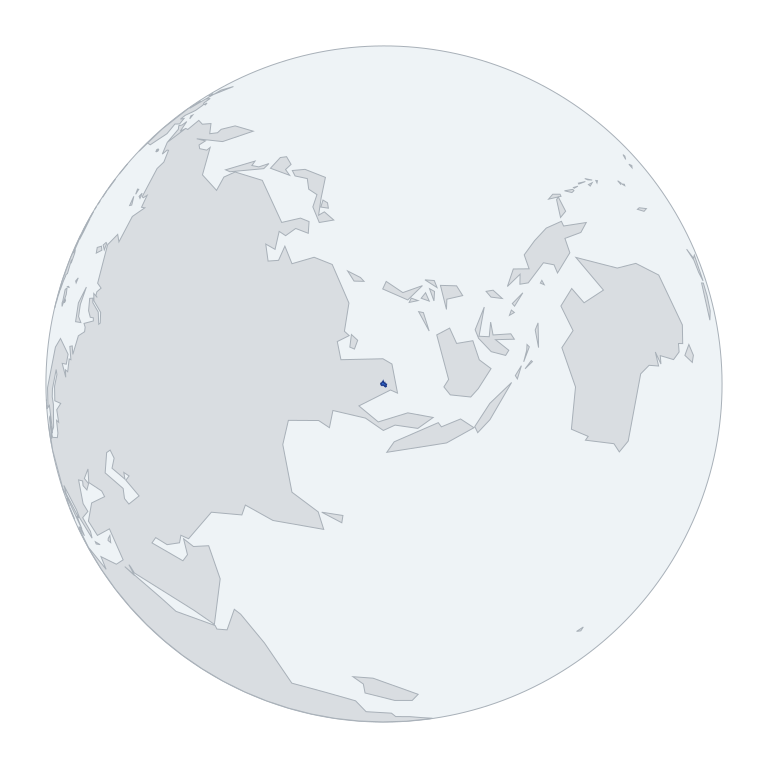 Prey Vêng on an orthographic globe, rotated 297°
{"feature_id": "KHM-1790", "entity_name": "Prey Vêng", "entity_type": "Province", "adm_level": 1, "iso_a3": "KHM", "parent_name": "Cambodia", "parent_adm1": "", "projection": "orthographic", "projection_center": [105.494, 11.354], "detail": "fine", "context": "on_globe", "style": "filled", "palette": "blue", "viewbox_px": 768, "rotation_deg": 297, "n_neighbors": 0, "source": "natural_earth", "source_scale": "10m", "svg_char_len": 10010}
<svg xmlns="http://www.w3.org/2000/svg" viewBox="0 0 768 768"><g transform="rotate(297 384 384)"><circle cx="384" cy="384" r="338" fill="#eef3f6" stroke="#a8b0b8"/><path d="M696.9,492.8L696.4,495.1L696.1,495.4L696.9,492.8ZM540.4,84.5L540.9,84.9L553.0,92.0L541.6,85.8L571.9,105.4L580.7,114.8L563.9,100.1L557.0,95.8L559.5,99.5L552.9,96.0L550.3,96.1L542.2,91.9L533.1,84.9L527.6,82.4L529.8,85.3L522.9,83.8L520.7,79.7L508.5,77.0L491.0,67.1L491.4,63.7L480.3,60.1L510.9,70.8L540.4,84.5ZM563.1,98.6L560.9,96.7L565.3,99.9L563.1,98.6ZM551.4,96.9L554.1,98.8L551.6,98.2L551.4,96.9ZM536.9,91.5L532.1,90.5L535.4,90.2L536.9,91.5ZM528.3,89.1L516.7,87.7L521.7,91.3L500.9,81.2L517.6,85.1L521.0,83.9L523.1,86.5L528.3,89.1ZM491.2,76.3L487.1,75.3L489.7,75.1L491.2,76.3ZM463.8,55.6L456.1,53.9L454.5,53.6L450.9,52.8L463.8,55.6ZM440.0,50.7L443.0,51.3L435.7,50.1L433.5,49.7L440.0,50.7ZM431.1,49.4L430.6,49.3L428.4,49.0L428.2,49.0L431.1,49.4ZM432.1,49.7L444.2,51.6L444.6,51.8L432.1,49.7ZM410.4,47.1L410.6,47.1L410.3,47.1L410.4,47.1ZM424.7,48.7L428.9,49.2L429.2,49.3L424.7,48.7ZM410.7,47.2L408.4,47.0L411.6,47.2L410.7,47.2ZM416.9,47.8L416.3,47.9L414.1,47.4L418.7,48.0L416.9,47.8ZM424.3,48.7L425.8,48.9L422.5,48.5L424.3,48.7ZM399.8,46.9L396.3,46.3L403.4,46.6L405.8,47.0L399.8,46.9ZM117.1,176.8L116.8,177.5L114.6,181.0L104.3,194.8L92.7,220.6L101.7,210.2L101.9,227.3L108.9,231.4L130.3,205.1L119.0,197.4L127.6,182.9L145.3,177.5L156.8,186.2L160.5,181.0L162.2,165.7L173.9,158.8L163.8,159.9L161.1,166.0L154.7,167.4L156.8,162.0L160.8,159.5L159.9,155.4L140.8,170.2L136.0,178.0L128.1,176.2L119.4,189.4L114.1,193.9L126.7,173.4L132.4,167.0L148.3,144.8L141.6,151.1L126.1,172.9L126.9,170.3L117.7,180.6L125.3,170.8L144.0,146.9L143.1,147.1L174.5,118.9L184.7,111.6L184.8,112.5L201.8,101.4L204.2,100.8L193.4,107.2L186.0,112.8L187.9,117.3L192.1,115.8L203.0,108.7L202.2,111.5L212.5,104.1L219.9,104.8L219.6,98.3L232.4,91.5L243.9,88.3L248.1,85.3L229.4,90.7L222.0,94.2L215.7,98.7L195.6,109.2L192.1,109.7L213.0,95.6L210.5,95.3L227.9,85.9L267.7,74.5L277.7,75.1L267.1,89.0L257.4,91.9L256.3,87.9L245.5,97.4L252.0,93.7L251.3,96.6L263.4,92.1L263.5,94.0L274.9,87.0L276.4,88.9L269.1,93.3L288.2,89.8L294.7,93.5L299.0,91.9L301.8,89.2L308.2,96.4L311.0,95.0L310.1,92.0L315.2,87.5L326.7,82.9L328.3,85.6L324.3,87.6L318.4,96.7L307.7,102.7L309.5,103.5L319.2,99.0L326.4,87.8L332.9,84.3L330.9,89.2L332.1,87.1L335.8,86.3L341.0,88.4L343.8,83.1L382.6,74.5L396.4,78.8L390.3,83.3L419.0,83.7L432.4,90.9L431.4,87.7L444.6,87.3L440.6,84.9L441.1,83.5L473.0,84.0L481.8,87.1L494.4,85.9L494.0,84.6L488.2,82.1L500.9,81.2L521.7,91.3L521.7,93.6L534.8,99.3L533.0,104.2L537.5,111.6L527.9,115.1L532.3,121.6L537.0,123.3L546.4,134.2L549.9,152.7L526.7,130.1L517.5,105.8L519.5,114.5L513.0,110.7L510.0,112.9L511.9,119.9L515.9,121.7L487.9,127.3L480.5,146.9L495.7,147.4L505.3,155.1L510.2,183.1L481.5,219.5L493.9,234.3L494.7,243.5L483.9,248.1L482.5,234.7L471.5,229.0L472.4,221.3L454.5,225.8L455.0,215.1L440.9,224.9L446.3,233.9L461.8,233.1L449.4,247.4L465.2,264.2L467.0,283.6L440.2,316.0L413.0,324.8L411.3,331.0L400.6,323.1L386.1,334.6L406.0,371.6L405.4,382.0L382.0,400.2L381.6,392.5L353.1,371.6L347.6,396.1L369.1,418.3L376.5,443.0L359.8,434.3L352.4,412.5L342.3,404.5L345.2,383.0L337.2,350.5L320.3,355.2L321.8,342.4L308.2,315.3L284.1,321.3L245.8,351.1L240.2,383.4L227.1,396.3L212.0,347.0L213.2,315.4L202.8,316.8L191.4,288.4L157.4,280.1L157.0,271.7L149.7,273.9L142.4,263.7L143.5,250.3L137.1,249.4L135.2,285.1L142.7,286.4L155.1,275.7L152.7,288.0L160.3,301.2L136.0,326.5L92.8,342.0L96.1,317.5L102.3,247.4L106.3,240.9L106.6,240.1L107.2,238.7L100.0,248.9L103.6,235.9L92.2,282.4L87.0,301.9L92.1,343.2L89.8,346.4L93.7,355.8L115.3,352.9L113.8,360.8L99.0,395.0L75.6,437.7L83.1,473.5L88.8,502.5L83.9,516.8L94.1,540.1L93.0,545.4L99.4,558.2L104.1,569.6L108.2,578.9L106.6,577.0L93.7,557.0L82.3,536.2L72.3,514.5L63.9,492.3L57.1,469.5L51.9,446.3L48.3,422.7L46.4,399.0L46.2,375.2L47.7,351.4L50.8,327.8L55.6,304.5L62.0,281.6L70.0,259.2L79.5,237.4L90.6,216.3L103.1,196.1L117.1,176.8ZM161.2,211.2L173.1,216.6L181.1,197.7L186.3,198.6L187.1,192.3L181.6,196.4L185.5,179.9L195.4,177.2L200.8,170.0L197.0,168.0L178.2,175.9L172.5,199.0L164.1,204.8L161.2,211.2ZM217.0,90.2L215.7,91.0L217.0,90.2ZM212.4,92.9L211.7,93.3L208.7,95.1L212.4,92.9ZM196.0,103.2L185.3,110.7L179.0,115.4L196.0,103.2ZM379.2,46.1L374.5,46.3L377.5,46.3L372.5,47.0L359.5,47.8L363.8,47.9L360.3,49.0L349.5,50.4L353.0,49.1L338.7,51.8L337.1,51.0L335.5,51.3L330.1,51.6L320.9,52.8L321.7,52.4L317.8,53.2L314.1,53.7L309.0,54.8L308.6,54.6L302.3,56.1L303.8,55.7L328.7,50.6L353.9,47.4L379.2,46.1ZM399.7,46.4L399.8,46.5L395.5,46.3L396.3,46.5L391.2,46.3L398.0,47.0L382.8,47.2L374.5,47.1L386.6,46.1L385.3,46.1L399.7,46.4ZM118.5,176.8L118.0,178.3L118.6,179.0L112.8,186.0L118.5,176.8ZM130.9,160.4L131.3,160.2L123.4,169.5L124.0,168.4L130.9,160.4ZM138.3,152.8L132.0,159.5L135.7,155.3L138.3,152.8ZM194.6,107.1L195.9,107.0L193.4,108.8L189.6,111.0L194.6,107.1ZM306.9,61.9L310.2,60.3L312.2,60.1L323.5,57.0L325.6,58.0L319.6,60.2L306.9,61.9ZM124.6,208.5L118.6,212.5L119.3,209.2L121.2,208.4L124.6,208.5ZM112.4,198.4L112.0,204.0L110.8,200.2L112.4,198.4ZM311.1,62.4L315.5,60.9L313.8,62.4L311.1,62.4ZM327.8,58.6L326.9,60.0L327.2,57.8L327.8,58.6ZM251.0,667.9L258.0,671.9L253.4,671.4L251.0,667.9ZM116.9,507.8L123.0,555.3L114.9,552.8L106.9,537.1L100.1,507.4L107.3,501.8L109.1,489.2L116.9,507.8ZM461.6,502.8L471.7,504.6L471.3,506.1L461.6,502.8ZM451.1,497.2L462.7,498.1L449.1,500.5L451.1,497.2ZM467.2,498.4L479.0,495.8L484.1,493.5L483.1,496.6L467.2,498.4ZM443.3,497.0L400.3,494.6L383.2,489.6L387.3,484.2L414.8,487.1L443.3,497.0ZM385.9,484.0L359.9,466.5L324.4,417.5L337.1,419.3L374.2,449.9L371.9,454.6L387.6,468.1L385.9,484.0ZM448.8,457.9L446.3,472.4L422.6,470.1L411.8,467.2L404.4,448.0L408.6,438.7L417.4,439.5L451.7,408.7L463.6,417.1L453.1,430.3L462.9,443.5L448.8,457.9ZM241.5,386.7L248.2,407.1L241.2,409.4L241.5,386.7ZM465.5,386.7L451.7,400.2L464.2,382.0L465.5,386.7ZM472.9,369.3L473.8,376.5L468.1,369.4L472.9,369.3ZM411.0,340.7L401.7,341.8L401.4,336.8L413.3,332.5L411.0,340.7ZM468.2,300.3L468.2,314.7L466.4,319.6L462.1,310.6L468.2,300.3ZM335.3,74.8L317.1,77.3L305.5,81.2L301.1,86.0L299.5,80.9L317.5,74.9L335.3,74.8ZM376.5,73.9L380.3,70.7L383.9,72.1L383.5,73.1L376.5,73.9ZM375.1,71.9L370.0,68.2L375.5,66.5L378.5,69.7L375.1,71.9ZM339.8,63.4L334.3,63.8L335.8,62.5L339.8,63.4ZM618.2,621.1L618.9,622.7L609.3,631.8L597.3,641.4L588.8,645.4L618.2,621.1ZM543.2,648.9L546.1,639.1L557.6,637.7L550.1,646.6L543.2,648.9ZM626.3,613.7L635.0,603.9L641.5,592.4L636.6,602.6L639.7,602.0L620.7,621.5L626.3,613.7ZM509.6,608.1L444.0,627.5L430.3,624.5L435.2,616.0L425.4,589.0L430.0,589.7L428.8,571.5L468.3,556.0L497.1,526.0L517.4,528.2L533.8,506.2L554.3,507.9L547.2,525.4L567.3,536.9L583.9,497.5L593.2,539.2L605.8,553.6L605.8,579.3L572.1,623.0L555.6,631.8L553.8,628.0L546.5,632.4L537.2,630.9L534.7,617.3L527.5,621.7L535.7,611.2L524.7,620.5L521.0,611.7L509.6,608.1ZM654.7,530.5L656.9,531.4L659.4,538.2L655.9,537.3L654.7,530.5ZM691.0,502.4L691.2,505.6L689.2,506.9L691.0,502.4ZM696.1,495.4L693.8,497.4L696.9,492.8L696.1,495.4ZM670.2,505.0L671.1,507.5L670.0,508.5L670.2,505.0ZM669.4,504.2L671.2,499.9L670.6,504.2L669.4,504.2ZM659.8,482.5L661.5,480.3L662.1,481.9L659.8,482.5ZM486.6,505.2L500.8,494.2L508.4,493.5L486.6,505.2ZM657.9,478.1L654.0,477.9L654.5,475.6L657.9,478.1ZM658.4,472.8L658.2,469.6L660.2,476.9L658.4,472.8ZM651.2,466.0L655.8,471.5L650.6,466.8L651.2,466.0ZM648.3,467.0L644.8,464.6L645.1,463.6L648.3,467.0ZM606.3,472.3L619.7,490.9L608.4,490.6L595.9,479.1L585.3,490.0L561.7,488.2L567.4,481.4L564.4,471.0L539.6,466.6L534.6,459.8L543.6,455.4L526.9,449.7L545.2,447.0L552.5,461.0L562.7,450.3L580.1,453.1L596.6,457.8L609.5,468.2L606.3,472.3ZM544.9,477.5L548.0,477.6L545.2,481.7L544.9,477.5ZM638.1,457.1L643.1,463.8L642.5,465.5L639.9,464.5L638.1,457.1ZM612.5,465.7L626.6,454.1L629.8,454.3L620.4,467.4L612.5,465.7ZM623.4,446.7L629.7,448.2L633.0,454.7L631.6,456.5L623.4,446.7ZM507.7,463.9L506.9,467.7L502.1,464.6L507.7,463.9ZM513.9,461.8L528.3,466.3L512.6,465.0L513.9,461.8ZM469.7,447.0L473.9,456.3L487.6,450.9L477.2,458.9L486.3,474.2L483.1,479.8L474.1,463.2L470.7,479.9L464.7,479.4L461.5,464.9L467.6,447.6L473.7,440.6L498.1,438.4L469.7,447.0ZM513.9,450.6L510.0,439.9L512.9,432.9L517.1,438.6L513.9,450.6ZM498.5,414.0L488.1,401.5L478.8,405.8L497.5,389.5L504.4,404.1L498.5,414.0ZM489.4,387.0L480.7,390.8L489.6,381.3L489.4,387.0ZM478.4,386.7L477.3,378.2L484.2,379.6L478.4,386.7ZM494.0,387.5L495.4,373.2L499.0,381.8L494.0,387.5ZM474.0,359.3L489.1,373.6L469.7,367.0L468.1,339.7L476.4,339.4L474.0,359.3ZM515.4,254.6L513.0,247.4L520.2,246.1L519.8,251.4L515.4,254.6ZM541.5,238.0L521.3,243.5L504.7,249.1L510.3,252.7L507.3,264.8L498.5,253.0L509.5,240.2L522.3,238.3L523.4,228.5L532.2,222.4L529.0,210.3L532.6,205.4L539.4,216.2L541.5,238.0ZM527.1,205.2L524.7,184.9L538.7,188.8L542.3,194.0L537.5,201.5L530.4,198.9L527.1,205.2ZM528.2,181.4L521.3,179.1L503.2,150.4L502.9,145.6L524.1,167.9L518.7,167.1L520.6,173.9L528.2,181.4ZM488.8,76.8L487.2,75.4L490.9,76.9L488.8,76.8ZM438.6,82.3L440.0,80.6L444.2,81.9L438.6,82.3ZM446.1,77.1L440.3,76.6L445.8,75.9L446.1,77.1ZM427.5,76.3L437.7,75.9L428.9,78.0L427.5,76.3Z" fill="#d9dde1" stroke="#a8b0b8" stroke-width="1"/><path d="M385.9,382.3L385.7,382.5L385.4,382.7L385.2,382.8L385.1,383.0L385.0,383.4L384.9,383.5L384.9,384.2L384.9,384.5L385.0,384.5L384.9,384.6L384.7,384.7L384.7,384.9L384.7,385.0L384.7,385.4L384.8,385.4L384.8,385.5L384.7,385.5L384.6,385.9L384.6,386.0L384.7,386.3L384.2,386.4L383.9,386.4L383.7,386.4L383.4,386.4L383.2,386.6L383.0,387.0L382.9,387.0L382.7,386.8L382.3,386.7L382.3,386.1L382.3,385.8L382.4,385.5L382.5,385.2L382.8,384.8L382.8,384.7L382.7,384.1L382.7,383.8L382.8,383.7L382.7,383.5L382.3,383.1L382.0,382.9L381.9,382.9L381.8,382.7L381.9,382.4L381.9,382.2L382.0,381.9L382.1,381.7L382.5,381.4L382.7,381.2L382.8,381.1L383.0,381.0L383.5,381.1L383.7,381.4L383.7,381.5L383.8,381.5L384.1,381.6L384.8,381.7L385.2,381.7L385.3,381.8L385.5,381.9L385.5,382.0L385.9,382.0L386.0,382.0L385.9,382.1L385.9,382.3L385.9,382.3Z" fill="#3b82f6" stroke="#1e3a8a" stroke-width="1.5"/></g></svg>